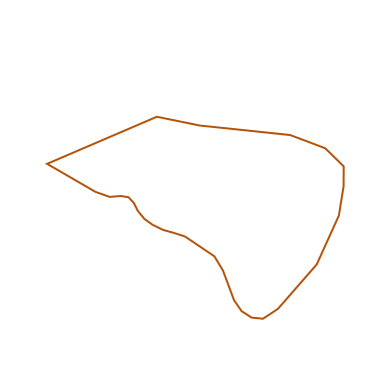 map outline of Arima (orthographic projection), rotated 293°
{"feature_id": "TTO-53", "entity_name": "Arima", "entity_type": "City", "adm_level": 1, "iso_a3": "TTO", "parent_name": "Trinidad and Tobago", "parent_adm1": "", "projection": "orthographic", "projection_center": [-61.284, 10.631], "detail": "fine", "context": "isolated", "style": "outline", "palette": "amber", "viewbox_px": 384, "rotation_deg": 293, "n_neighbors": 0, "source": "natural_earth", "source_scale": "10m", "svg_char_len": 499}
<svg xmlns="http://www.w3.org/2000/svg" viewBox="0 0 384 384"><g transform="rotate(293 192 192)"><path d="M161.3,47.6L247.5,130.2L256.2,173.1L282.8,260.2L284.3,297.6L274.9,321.6L256.5,329.3L227.7,336.4L174.1,335.1L118.1,316.8L103.1,306.9L99.7,296.0L101.7,284.2L108.8,273.0L131.8,251.2L141.5,237.8L148.3,202.9L147.3,191.7L145.8,180.2L146.4,168.6L148.6,158.7L153.5,149.4L159.0,143.0L162.4,135.7L160.5,128.0L155.3,118.1L154.4,103.0L161.3,47.6Z" fill="none" stroke="#b45309" stroke-width="2"/></g></svg>